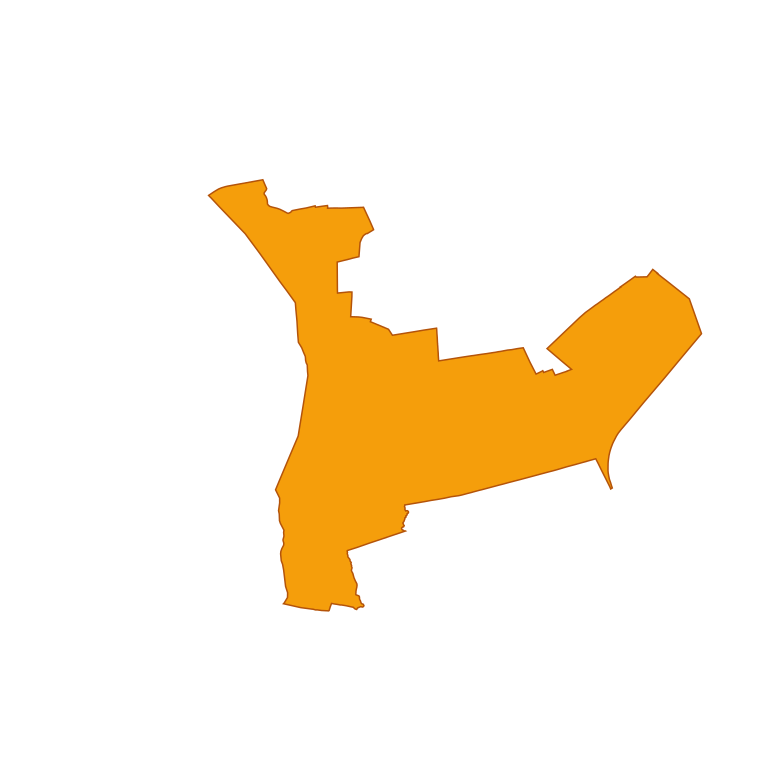 the district of Blejoi, Prahova, Romania, rotated 212°
{"feature_id": "2599482B27546040450350", "entity_name": "Blejoi", "entity_type": "district", "adm_level": 2, "iso_a3": "ROU", "parent_name": "Romania", "parent_adm1": "Prahova", "projection": "orthographic", "projection_center": [25.998, 44.974], "detail": "fine", "context": "isolated", "style": "filled", "palette": "amber", "viewbox_px": 768, "rotation_deg": 212, "n_neighbors": 0, "source": "geoboundaries", "source_scale": "gbopen_adm2", "svg_char_len": 5967}
<svg xmlns="http://www.w3.org/2000/svg" viewBox="0 0 768 768"><g transform="rotate(212 384 384)"><path d="M419.9,236.8L412.1,232.0L409.5,227.9L406.3,220.7L404.0,218.3L400.2,212.7L398.0,210.9L391.4,207.0L390.4,204.8L388.6,202.5L388.1,201.6L387.2,198.6L386.6,197.7L384.6,195.9L383.7,194.1L383.4,190.3L382.8,187.5L381.7,185.2L377.5,179.7L374.4,177.3L370.4,172.9L360.2,160.2L355.1,155.9L352.7,151.8L352.6,145.5L352.8,144.4L336.2,150.2L325.6,155.0L324.9,155.4L322.4,156.1L320.8,157.1L318.8,158.0L317.5,158.6L317.2,158.7L313.0,161.0L312.0,161.6L310.9,162.1L310.5,162.8L311.5,166.5L312.2,170.1L309.6,171.1L307.4,172.1L303.8,173.5L302.9,174.1L298.6,175.9L294.1,177.5L291.6,178.4L290.6,178.1L289.9,177.9L288.7,178.0L287.7,178.3L287.7,178.9L287.7,180.2L287.5,180.4L287.1,180.9L286.8,181.5L286.2,182.2L285.9,182.7L285.5,182.9L285.1,183.1L284.6,183.2L284.1,183.4L283.8,183.7L283.6,184.1L283.5,184.5L283.5,185.0L283.5,185.3L283.8,185.6L284.0,185.7L284.7,186.1L284.9,186.2L285.1,186.2L285.3,186.2L285.7,186.0L285.9,185.9L286.1,185.9L286.4,185.9L286.6,185.9L287.6,186.3L288.7,187.3L289.2,187.7L290.3,188.3L290.9,188.8L291.4,189.6L292.2,190.6L293.0,191.0L294.6,190.7L296.1,190.4L296.5,190.7L297.2,192.1L298.0,193.5L298.6,195.0L299.4,197.3L300.3,199.2L301.3,200.3L303.9,201.8L306.8,203.8L308.2,205.1L309.9,206.7L310.8,207.3L312.0,207.9L313.0,208.8L313.7,211.2L314.9,212.1L315.2,212.8L316.9,214.1L317.1,215.1L317.8,215.5L319.1,216.0L319.9,217.1L321.5,217.7L323.1,218.3L323.9,219.6L325.2,220.5L325.7,221.8L326.8,222.8L326.8,223.0L326.7,223.5L320.1,231.3L312.0,241.4L307.2,247.2L305.7,249.0L298.6,257.7L290.2,267.9L287.9,270.7L288.0,270.7L289.7,269.8L290.7,270.3L291.2,270.0L291.9,270.2L292.3,270.5L292.5,270.8L292.7,271.1L292.7,271.4L292.4,272.6L292.1,272.9L291.7,273.2L291.7,273.7L291.8,274.3L291.9,274.7L292.5,274.8L293.0,275.1L293.3,275.4L293.5,275.6L294.0,275.9L294.3,276.0L294.4,276.3L294.3,278.1L294.7,279.9L294.8,280.6L295.0,280.9L295.2,281.1L295.3,281.4L295.4,281.5L295.2,281.8L295.1,282.0L294.9,282.4L294.9,282.7L294.9,282.8L294.9,283.0L295.0,283.1L295.4,283.3L295.6,283.5L295.6,283.8L295.5,284.0L295.4,284.2L295.3,284.3L295.2,284.6L295.1,284.9L295.1,285.1L295.1,285.3L295.2,285.5L295.4,285.9L295.6,286.0L295.7,286.4L295.7,286.5L295.4,287.0L295.2,287.1L295.1,287.3L295.1,287.5L295.1,287.9L295.3,288.2L295.5,288.5L295.8,288.8L296.2,288.9L296.6,288.9L297.1,288.9L297.4,288.8L297.7,288.5L298.0,288.2L298.2,287.9L298.4,288.0L298.9,288.2L299.4,288.4L299.7,288.6L300.0,288.9L300.0,289.0L300.1,289.4L300.3,289.7L300.5,290.0L301.0,290.5L301.4,290.6L301.6,290.8L301.8,291.3L301.9,291.6L301.9,291.8L302.0,292.0L302.3,292.4L302.2,292.5L287.2,305.8L282.3,310.3L277.2,314.7L272.2,319.2L267.3,324.0L261.9,328.5L260.8,329.5L259.0,331.3L255.3,335.3L252.4,338.3L250.9,340.0L250.7,340.2L246.5,344.7L245.4,345.8L232.6,359.5L232.3,359.8L230.3,361.9L225.4,367.2L223.1,369.6L221.9,370.9L219.7,373.2L217.9,375.1L205.6,388.3L205.3,388.6L204.6,389.4L197.5,397.0L195.2,399.4L193.9,400.8L191.8,403.1L185.0,410.8L178.9,417.3L178.2,418.1L164.8,432.8L159.6,429.7L158.5,429.0L154.5,426.5L146.6,421.7L137.9,416.4L136.1,415.1L135.3,416.8L137.5,418.6L139.5,420.4L142.3,422.6L144.7,425.1L146.9,427.6L148.1,429.2L150.2,432.6L152.0,435.6L153.0,437.5L154.4,440.6L155.3,442.6L156.5,446.0L157.2,448.5L157.7,450.5L158.1,452.5L158.5,454.5L158.8,456.9L159.3,463.1L159.3,466.4L158.8,471.1L156.8,484.5L154.5,501.8L154.0,505.6L149.3,537.6L148.7,542.0L145.7,564.1L141.4,594.9L142.1,595.5L170.2,618.0L199.4,621.3L205.4,621.9L210.8,622.5L210.6,622.9L212.6,623.1L216.8,623.6L217.4,617.0L217.7,614.3L225.0,609.5L226.9,608.3L227.9,608.6L229.3,605.2L230.4,602.5L232.2,598.2L232.6,597.2L235.0,591.6L234.6,591.6L234.7,591.4L235.4,589.7L236.9,586.0L237.5,584.7L238.1,583.1L240.9,576.2L241.2,575.7L241.8,574.3L242.8,571.6L243.7,569.6L245.5,565.1L246.1,563.8L246.3,563.4L247.0,561.7L247.9,559.3L251.1,551.3L251.3,550.6L253.2,544.3L253.4,543.6L264.5,500.4L243.4,497.3L232.7,495.8L235.8,491.7L235.7,491.6L238.9,487.8L239.6,486.9L242.6,483.3L243.5,482.1L249.0,485.6L254.7,478.4L255.6,479.0L256.0,479.2L256.4,479.4L256.7,478.7L260.3,473.0L271.7,479.8L285.1,488.5L289.4,484.9L293.9,480.8L297.0,478.4L299.3,476.3L300.6,475.1L302.1,473.7L302.9,473.0L303.9,472.2L306.6,469.7L307.6,468.9L313.0,464.2L316.4,461.4L319.0,459.2L323.4,455.4L324.2,454.8L331.2,448.8L348.8,433.5L349.9,432.6L353.2,437.1L354.1,438.5L356.3,441.5L357.6,443.3L358.7,444.9L359.0,445.2L359.5,445.9L359.9,446.5L360.0,446.7L360.2,446.9L360.8,447.7L363.4,451.5L366.2,455.3L366.6,455.9L367.8,457.6L368.5,458.6L368.8,459.0L369.0,459.2L373.3,455.5L378.9,450.7L386.8,443.7L391.5,439.6L402.7,429.8L409.2,432.8L426.3,430.0L428.6,429.6L429.2,432.2L434.0,430.4L437.9,428.9L441.4,427.2L447.9,423.4L457.6,441.2L459.9,445.0L462.4,443.6L471.6,436.5L473.0,438.5L488.3,462.6L479.3,471.9L477.2,474.2L472.7,478.7L479.3,491.3L480.0,495.4L480.1,498.6L479.6,500.3L478.7,502.2L477.9,502.7L474.6,509.3L474.9,509.6L482.0,514.5L495.0,523.0L495.1,522.9L513.6,510.4L517.5,508.1L521.4,505.6L525.0,503.2L525.5,504.2L526.5,505.4L530.5,502.1L535.8,497.6L536.8,498.6L543.2,492.1L547.9,487.9L551.3,484.7L553.6,482.5L554.0,481.7L554.0,481.0L554.3,479.9L555.7,477.9L556.5,477.7L560.9,477.4L564.8,477.0L567.9,476.3L572.8,474.7L575.1,474.1L576.6,474.3L578.1,474.8L579.9,477.3L581.0,478.5L582.6,479.8L583.9,480.6L585.7,481.3L586.3,481.6L586.9,482.5L586.9,483.0L586.8,484.8L586.7,485.7L586.7,486.3L587.0,487.5L591.3,490.4L595.0,493.0L595.4,492.6L621.3,469.1L623.1,467.3L625.9,464.1L627.6,461.7L628.6,459.8L630.0,457.0L632.7,451.0L631.3,450.6L629.8,450.3L617.8,447.1L593.7,441.0L581.4,437.9L559.0,429.1L540.8,421.6L525.8,415.4L515.5,411.4L502.3,406.0L497.7,399.8L491.2,391.3L483.9,381.0L478.7,374.0L474.3,371.8L472.8,371.0L469.0,368.2L465.5,365.8L464.5,364.6L464.0,363.9L463.1,362.6L462.1,361.6L461.2,360.7L460.0,360.0L459.2,359.5L455.5,354.1L454.1,352.3L452.9,350.7L447.8,338.6L441.7,324.2L434.5,307.0L429.2,294.4L426.0,274.3L421.4,245.8L419.9,236.8Z" fill="#f59e0b" stroke="#b45309" stroke-width="1.5"/></g></svg>